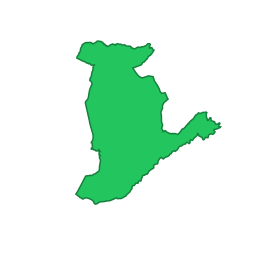 Las Naves, Bolivar, Ecuador, rotated 209°
{"feature_id": "8360857B91548183775904", "entity_name": "Las Naves", "entity_type": "district", "adm_level": 2, "iso_a3": "ECU", "parent_name": "Ecuador", "parent_adm1": "Bolivar", "projection": "equal_earth", "projection_center": [-79.297, -1.282], "detail": "fine", "context": "isolated", "style": "filled", "palette": "green", "viewbox_px": 256, "rotation_deg": 209, "n_neighbors": 0, "source": "geoboundaries", "source_scale": "gbopen_adm2", "svg_char_len": 5815}
<svg xmlns="http://www.w3.org/2000/svg" viewBox="0 0 256 256"><g transform="rotate(209 128 128)"><path d="M155.3,205.8L156.1,204.8L156.7,204.1L158.3,203.8L158.6,203.2L159.1,202.8L160.3,200.7L160.6,200.4L161.8,200.1L162.8,200.2L163.6,199.6L163.9,199.7L164.5,200.4L165.6,200.6L166.7,200.2L168.2,199.3L169.1,198.9L169.8,198.9L170.6,199.2L171.5,199.1L172.9,197.9L173.2,197.7L174.7,197.9L175.5,197.5L176.6,196.8L178.1,196.7L179.1,195.4L179.0,194.6L179.1,194.4L179.3,194.3L180.2,194.5L180.9,194.1L181.9,194.2L183.7,192.3L184.7,190.1L185.7,189.1L186.0,189.2L186.5,189.7L187.8,189.3L188.2,189.8L188.5,190.0L188.9,189.9L189.3,189.5L189.6,189.5L190.3,190.2L191.1,190.1L191.6,190.7L192.6,190.4L193.8,190.6L194.2,190.2L195.8,189.8L197.1,189.0L197.1,188.7L197.7,187.3L198.8,185.4L199.7,184.5L200.1,184.4L200.9,184.9L201.4,184.9L202.9,184.4L203.6,183.8L206.1,182.4L206.7,181.8L208.4,178.7L208.0,177.3L208.0,174.5L207.1,172.3L206.9,171.5L207.0,171.1L207.3,170.1L206.8,168.5L206.9,167.2L207.1,166.3L206.9,164.9L206.7,164.4L199.8,164.6L197.6,165.1L195.5,164.8L194.5,165.3L193.5,165.1L193.2,165.7L192.9,165.9L191.3,165.2L190.7,165.2L190.0,165.4L189.7,165.8L188.6,166.2L188.2,166.6L188.1,164.4L187.0,162.2L186.7,161.0L186.6,159.6L185.9,157.2L185.2,155.9L185.2,153.0L184.4,151.0L182.3,150.6L181.6,150.0L180.8,148.8L180.3,144.2L179.9,142.3L179.2,140.2L177.4,135.2L177.3,134.3L177.3,133.5L177.8,130.9L177.7,130.2L177.6,129.5L177.2,129.0L164.5,114.7L164.2,114.2L160.7,110.5L159.2,109.1L157.9,107.7L157.2,107.2L155.3,105.1L154.4,103.7L153.4,101.7L153.1,100.7L153.0,97.3L152.4,97.3L151.8,97.0L151.4,96.5L151.0,95.7L149.9,94.3L149.9,93.6L150.2,92.6L150.0,91.8L149.7,91.7L149.4,91.9L148.4,92.7L147.8,92.2L146.5,92.7L145.4,92.4L144.5,92.6L144.0,92.9L143.8,93.2L143.1,93.6L143.3,94.7L143.1,94.9L141.7,94.3L142.2,94.2L142.4,93.7L141.0,92.4L140.8,91.7L140.9,91.2L140.3,90.8L139.8,90.2L138.9,90.5L139.1,89.3L139.0,88.8L138.5,88.2L136.9,86.9L136.4,86.4L135.5,84.1L134.2,80.2L133.7,79.5L132.9,77.6L132.6,75.9L133.1,75.1L134.7,71.8L135.6,70.9L136.3,69.3L136.9,68.7L137.8,68.5L138.4,68.0L139.0,67.4L141.4,65.8L141.6,65.5L141.7,63.3L141.4,54.7L141.4,52.2L141.3,48.5L141.5,44.9L138.7,44.4L137.9,44.5L137.1,44.1L136.0,43.9L134.3,44.2L133.4,43.8L132.9,44.1L132.1,45.4L131.5,46.2L129.2,47.2L126.0,47.6L124.4,47.5L122.8,47.1L122.3,46.9L121.3,45.9L119.8,45.5L118.4,46.7L117.7,48.0L117.1,49.3L116.3,50.2L115.8,50.4L113.3,52.0L111.2,53.9L109.2,55.2L108.3,56.0L105.6,59.4L104.9,60.7L104.5,61.1L104.1,61.1L103.8,61.2L103.5,61.0L103.1,61.0L102.2,61.6L100.4,62.6L99.7,63.2L98.6,64.7L98.3,65.4L96.9,67.5L96.7,69.5L95.7,72.1L95.4,73.1L95.5,74.2L95.2,76.9L95.3,77.5L95.5,77.6L95.8,78.0L96.0,79.5L95.9,79.9L94.6,80.9L94.5,82.6L94.3,83.4L93.9,83.9L92.7,84.4L92.5,84.7L92.5,85.4L92.8,86.3L92.8,86.8L92.5,87.3L92.1,87.5L91.3,87.7L91.1,87.9L91.1,88.4L91.5,89.8L92.0,93.4L91.8,93.9L91.0,94.4L90.7,94.7L90.4,95.4L89.8,96.4L88.9,96.9L88.8,97.2L88.7,97.5L88.7,100.0L88.7,100.4L87.7,102.8L86.9,104.2L86.2,105.3L86.2,105.9L86.9,106.7L87.3,107.4L87.3,107.7L87.3,108.3L87.0,108.8L86.4,109.7L86.0,110.1L85.1,110.6L84.9,111.0L84.9,111.4L84.9,111.8L85.6,113.6L85.6,115.3L85.3,117.4L84.9,118.1L84.6,118.4L84.3,118.4L83.7,118.1L82.8,118.0L82.1,118.1L81.9,118.3L81.3,120.2L80.7,121.1L80.1,121.6L79.0,123.1L78.8,123.6L78.6,124.3L78.7,124.9L78.6,125.4L77.9,126.3L77.8,128.0L77.4,129.2L77.0,130.0L76.4,130.5L75.3,130.5L75.1,131.0L74.6,132.1L74.2,134.0L74.3,135.7L74.2,136.2L74.0,136.8L73.0,138.0L72.7,138.0L72.4,138.4L71.7,140.2L71.3,140.8L71.0,141.2L70.3,141.5L70.0,141.8L69.9,143.6L69.7,144.0L69.0,144.2L67.4,143.9L66.9,144.1L66.8,144.4L66.7,144.6L66.7,145.4L67.1,146.2L67.7,147.1L67.7,147.6L67.4,148.0L65.8,148.3L65.5,148.8L65.3,151.1L64.0,154.7L64.0,155.1L64.5,156.4L64.4,156.9L64.0,157.0L63.7,156.9L62.5,155.7L62.1,155.5L59.3,155.6L58.7,155.7L58.4,155.6L57.1,154.4L56.6,154.2L56.4,154.2L55.9,154.7L55.7,155.4L55.7,156.6L55.5,157.4L55.1,157.7L54.0,157.9L53.4,158.3L53.4,159.2L54.0,160.4L54.0,161.3L52.7,163.1L52.0,163.3L50.9,163.5L50.4,164.1L50.2,164.6L50.0,165.8L50.0,166.3L50.2,167.0L50.6,167.2L51.7,167.2L52.0,167.6L52.1,168.1L51.7,168.7L50.2,169.9L49.5,170.6L47.9,172.8L47.6,173.4L47.6,173.9L48.3,173.5L49.1,173.4L49.6,174.1L49.9,174.8L49.7,176.3L50.0,176.7L50.4,176.8L51.3,175.6L52.0,174.3L53.5,174.0L54.3,174.5L55.3,175.4L56.2,175.3L58.6,174.8L59.2,175.2L60.3,176.9L61.0,176.9L61.3,176.6L61.4,174.2L61.6,173.6L61.8,173.3L62.1,173.2L62.4,173.4L62.9,174.2L64.4,175.3L65.8,177.1L66.3,178.2L66.5,179.7L66.7,179.8L67.6,179.7L68.6,178.8L70.4,177.7L71.0,176.6L71.9,175.8L73.8,175.3L73.9,173.8L74.3,173.4L75.0,172.2L75.4,167.4L75.7,167.0L76.9,163.8L77.1,162.9L76.9,161.8L77.0,161.5L77.5,161.4L77.6,161.1L77.7,159.4L78.2,158.4L78.3,156.6L78.8,155.5L78.8,154.8L79.2,154.1L79.5,153.9L80.1,153.3L80.3,152.7L80.2,150.6L80.6,149.3L80.7,148.1L81.6,146.5L82.0,146.3L84.0,146.0L84.6,145.8L85.2,145.1L86.5,144.8L87.6,143.7L88.2,143.8L89.8,143.3L93.1,143.3L93.3,143.6L93.7,143.7L94.3,143.7L94.8,143.2L95.6,141.8L96.5,142.8L98.0,143.7L98.6,144.2L98.7,144.6L98.6,145.6L99.0,147.1L100.3,148.5L101.4,149.2L105.1,155.5L106.2,156.6L106.7,157.5L107.1,158.8L107.2,160.6L107.4,162.1L108.1,163.0L108.7,164.6L108.9,166.5L108.8,167.8L107.0,172.5L107.0,172.8L107.9,173.1L112.6,176.8L114.8,175.0L115.4,174.9L116.9,175.0L117.3,175.2L119.7,177.4L121.2,178.4L123.8,180.0L127.1,181.6L128.2,182.4L130.9,185.1L135.2,183.6L135.9,183.0L138.1,180.5L139.4,179.2L140.1,178.7L141.1,178.5L143.0,178.4L145.7,179.2L149.6,181.0L152.8,182.8L146.9,189.8L146.9,192.4L145.8,193.7L145.6,194.6L145.4,195.9L144.8,197.6L144.9,200.6L143.8,202.2L143.3,204.0L143.0,208.7L144.1,208.7L146.1,209.8L146.7,209.5L147.4,208.6L148.0,208.4L148.2,208.7L148.5,209.5L148.9,211.5L149.0,211.9L149.4,212.2L150.1,212.1L151.5,211.3L151.7,210.7L152.0,209.2L153.8,206.7L154.2,206.4L155.3,205.8Z" fill="#22c55e" stroke="#15803d" stroke-width="1.5"/></g></svg>